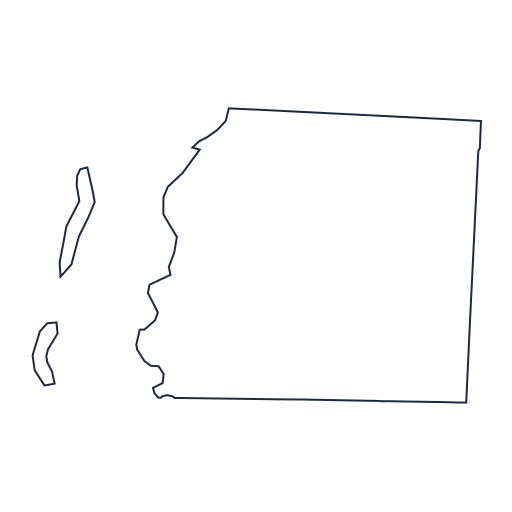 the district of Jackson, Mississippi, United States of America, rotated 93°
{"feature_id": "52423323B10934602069357", "entity_name": "Jackson", "entity_type": "district", "adm_level": 2, "iso_a3": "USA", "parent_name": "United States of America", "parent_adm1": "Mississippi", "projection": "equal_earth", "projection_center": [-88.578, 30.463], "detail": "fine", "context": "isolated", "style": "outline", "palette": "slate", "viewbox_px": 512, "rotation_deg": 93, "n_neighbors": 0, "source": "geoboundaries", "source_scale": "gbopen_adm2", "svg_char_len": 1282}
<svg xmlns="http://www.w3.org/2000/svg" viewBox="0 0 512 512"><g transform="rotate(93 256 256)"><path d="M109.4,38.4L109.4,84.8L109.6,177.5L109.8,262.7L110.0,290.8L122.7,293.3L132.2,301.3L139.5,310.5L144.6,319.0L151.1,325.2L152.7,317.8L176.6,333.4L190.2,346.4L191.4,347.6L202.2,351.5L219.2,350.7L241.2,336.0L256.8,337.8L271.6,342.5L279.3,340.4L290.2,360.8L298.6,362.0L317.5,351.0L325.7,353.6L335.4,363.7L335.5,367.7L336.3,368.4L351.1,370.9L356.0,369.6L366.8,361.9L371.1,355.5L371.2,347.5L378.8,342.0L387.8,342.6L393.1,352.0L398.3,350.2L402.6,346.2L402.5,343.7L400.8,341.9L399.6,337.1L400.7,331.6L402.0,330.2L397.6,217.4L396.8,199.7L396.6,191.5L396.5,190.2L396.1,178.3L395.3,154.5L394.4,128.3L394.4,121.2L394.1,116.9L393.2,91.6L392.1,61.7L392.0,56.4L391.6,42.6L391.5,41.5L391.4,38.4L310.6,38.9L242.9,39.1L139.7,39.5L136.5,38.1L109.4,38.4ZM176.4,429.1L178.5,436.0L185.2,438.8L194.7,438.8L210.5,435.3L236.4,446.9L238.5,447.2L252.8,449.0L272.6,451.8L286.9,450.1L274.1,439.9L245.8,433.9L238.8,430.9L226.3,425.5L210.5,419.9L197.4,423.1L176.4,429.1ZM332.8,451.8L334.1,460.9L342.6,467.9L366.9,473.9L370.1,473.3L381.5,471.1L396.4,460.5L394.0,450.4L382.1,453.6L373.3,458.8L369.7,459.6L367.2,460.2L359.9,458.8L343.8,450.1L332.8,451.8Z" fill="none" stroke="#1e293b" stroke-width="2"/></g></svg>